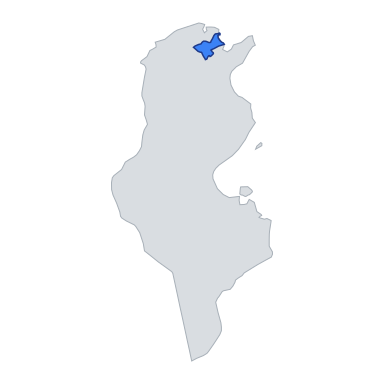 Manubah on a map of Tunisia (Robinson projection)
{"feature_id": "TUN-102", "entity_name": "Manubah", "entity_type": "Governorate", "adm_level": 1, "iso_a3": "TUN", "parent_name": "Tunisia", "parent_adm1": "", "projection": "robinson", "projection_center": [9.985, 36.85], "detail": "fine", "context": "in_parent", "style": "filled", "palette": "blue", "viewbox_px": 384, "rotation_deg": 0, "n_neighbors": 0, "source": "natural_earth", "source_scale": "10m", "svg_char_len": 3430}
<svg xmlns="http://www.w3.org/2000/svg" viewBox="0 0 384 384"><path d="M271.1,220.5L271.0,221.8L269.6,230.8L269.3,234.0L269.2,239.5L269.2,246.2L272.4,251.8L272.5,254.2L271.3,257.1L265.4,260.3L257.8,264.5L251.3,268.5L244.2,272.9L242.0,275.7L238.4,277.9L235.5,280.1L235.0,282.2L232.9,286.1L230.2,289.3L223.4,290.8L222.1,291.7L219.0,296.5L217.5,298.3L215.7,302.2L218.0,312.4L220.9,322.8L221.4,327.1L221.4,330.7L219.8,334.6L216.2,340.2L213.5,344.3L208.4,351.6L206.9,353.4L203.3,355.6L196.5,358.4L191.7,361.0L189.3,349.7L187.2,340.2L185.5,332.2L182.5,318.3L179.9,306.5L177.4,294.7L175.1,284.0L172.8,273.3L171.8,271.7L164.8,266.6L158.4,262.0L151.7,256.6L144.5,250.9L143.3,243.6L139.7,232.6L135.8,226.5L134.3,224.9L126.4,221.0L121.9,218.1L120.6,216.4L119.8,211.9L116.6,203.1L113.0,195.0L111.6,189.6L111.5,182.7L112.3,177.8L113.9,175.6L121.6,169.5L125.3,162.1L129.7,159.3L133.5,157.2L136.6,154.8L139.4,150.8L141.5,146.7L141.9,142.2L142.8,135.0L144.2,130.0L147.5,124.3L146.2,119.8L144.5,114.9L145.1,106.4L144.6,103.0L143.3,99.9L141.9,96.0L141.9,92.7L143.3,84.2L144.4,77.6L146.1,69.1L145.5,66.8L144.3,65.0L140.6,63.1L140.6,62.0L141.5,60.7L147.0,56.6L149.9,50.5L152.4,49.3L156.1,47.1L156.0,44.7L155.2,42.2L164.9,39.3L174.2,31.8L177.4,30.0L198.8,23.0L201.6,23.5L204.7,24.5L203.8,27.1L202.6,29.2L204.4,32.8L207.0,30.6L206.3,29.1L206.2,27.1L210.6,27.0L214.5,27.3L218.8,29.4L218.5,37.6L224.2,45.6L222.6,49.5L227.3,51.9L231.4,49.1L233.5,44.9L241.2,42.5L248.4,36.4L252.4,35.7L253.4,40.8L255.3,45.2L252.6,46.7L249.1,51.4L242.5,63.2L236.4,66.7L231.8,71.3L230.3,74.5L229.9,78.3L231.0,85.1L234.4,91.9L238.3,96.1L242.0,97.4L250.8,104.0L250.6,107.9L251.9,112.5L252.3,118.1L255.4,122.6L248.9,132.4L245.4,139.5L238.5,149.3L232.3,155.7L219.0,165.1L215.8,168.3L213.7,171.5L212.7,174.9L213.0,178.9L217.4,188.7L223.2,194.5L229.2,197.6L239.5,196.4L239.1,200.2L239.9,204.7L244.1,204.5L246.9,203.8L249.2,199.4L254.3,202.4L256.9,211.6L261.2,214.5L261.7,215.5L260.2,216.2L259.0,217.3L260.3,218.0L264.4,219.2L266.9,218.5L271.1,220.5ZM249.2,194.8L248.2,195.0L246.2,196.3L245.2,196.5L242.3,195.0L241.2,195.0L239.8,194.0L240.3,188.5L240.7,186.9L247.8,186.7L251.6,190.0L252.2,190.9L252.4,191.8L250.6,193.7L249.2,194.8ZM261.8,145.7L255.6,149.2L256.8,146.2L260.8,142.6L261.9,143.4L261.8,145.7Z" fill="#d9dde1" stroke="#a8b0b8" stroke-width="1"/><path d="M219.6,33.1L220.0,33.6L220.1,34.1L219.9,34.6L219.6,34.0L217.9,35.6L218.2,37.9L219.7,40.3L221.5,42.1L223.0,42.8L223.4,43.0L224.3,44.3L224.1,44.4L218.6,46.1L213.8,48.7L212.1,49.4L211.4,49.7L211.0,50.0L211.0,50.3L211.2,50.5L211.5,50.7L211.7,50.8L211.8,51.2L211.8,51.3L211.9,51.5L212.0,51.7L212.1,51.8L212.8,52.3L213.1,52.6L213.3,52.8L213.3,53.0L213.4,53.4L213.2,53.9L211.3,55.8L210.6,56.3L210.0,56.5L209.8,56.1L209.7,56.0L209.5,55.8L209.4,55.7L209.2,55.7L208.7,55.8L208.5,56.0L208.3,56.2L207.6,57.3L207.0,58.8L206.6,59.2L205.4,59.6L205.0,58.7L203.5,56.4L202.2,53.8L201.9,53.1L201.8,52.7L201.7,52.5L201.6,52.4L201.4,52.3L200.3,52.2L198.1,51.4L193.5,47.3L195.1,46.0L198.5,44.5L200.6,44.0L200.9,43.8L201.2,43.7L201.7,42.8L202.2,42.2L202.9,41.6L203.3,41.4L203.5,41.2L205.0,41.2L205.8,41.3L206.5,41.5L208.6,42.4L208.9,42.5L209.4,42.5L210.0,42.5L210.3,42.4L210.5,42.3L210.7,42.1L210.8,42.0L210.8,41.8L211.1,41.0L211.8,39.8L212.1,39.4L213.4,36.7L213.7,36.0L213.8,35.8L213.9,35.6L214.3,35.1L214.5,34.8L214.9,34.3L215.2,34.1L215.5,33.9L217.5,33.7L219.4,33.1L219.6,33.1Z" fill="#3b82f6" stroke="#1e3a8a" stroke-width="1.5"/></svg>